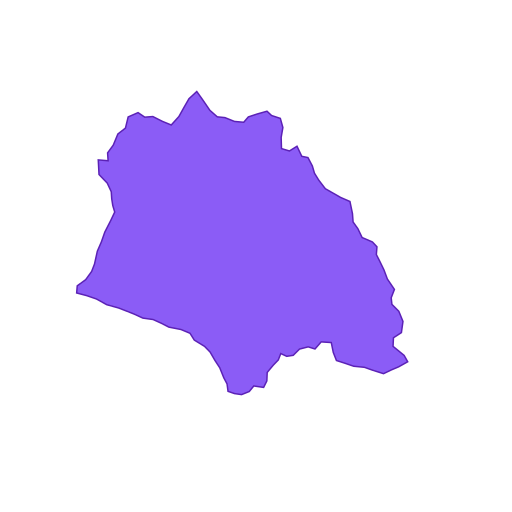 outline of Santópolis do Aguapeí, São Paulo, Brazil, rotated 212°
{"feature_id": "56859067B88002854016883", "entity_name": "Santópolis do Aguapeí", "entity_type": "district", "adm_level": 2, "iso_a3": "BRA", "parent_name": "Brazil", "parent_adm1": "São Paulo", "projection": "mercator", "projection_center": [-50.521, -21.661], "detail": "fine", "context": "isolated", "style": "filled", "palette": "violet", "viewbox_px": 512, "rotation_deg": 212, "n_neighbors": 0, "source": "geoboundaries", "source_scale": "gbopen_adm2", "svg_char_len": 1625}
<svg xmlns="http://www.w3.org/2000/svg" viewBox="0 0 512 512"><g transform="rotate(212 256 256)"><path d="M417.4,319.6L423.9,314.8L432.0,315.1L438.1,306.2L434.5,295.3L437.8,286.3L435.8,274.4L436.5,264.8L431.9,258.4L440.7,253.9L432.3,241.9L420.8,239.0L412.8,233.8L408.7,228.1L404.2,222.9L399.1,218.4L398.0,209.1L396.9,196.2L394.6,186.0L393.1,176.0L388.7,163.6L387.2,155.8L387.9,145.7L391.8,136.0L388.5,129.6L378.5,132.7L368.5,135.0L356.8,135.6L345.0,139.1L336.0,140.8L328.9,142.1L319.0,143.4L309.6,147.6L300.6,148.8L292.2,149.5L280.7,153.9L271.0,155.5L263.8,152.0L251.7,152.1L244.0,150.2L235.5,145.7L227.5,142.0L218.7,135.6L212.8,132.2L208.0,126.4L201.4,127.9L194.8,130.8L189.9,137.5L189.0,144.6L179.9,148.6L180.6,155.8L184.8,163.2L183.5,172.6L182.0,179.7L183.3,186.4L176.8,187.2L171.8,191.5L169.8,200.1L163.6,206.6L156.7,208.4L155.2,217.7L146.3,222.5L139.4,215.2L132.4,210.0L123.7,212.2L114.7,214.3L105.0,219.1L96.3,221.0L85.5,223.8L80.8,231.2L76.3,237.6L71.3,246.7L77.7,250.2L91.9,252.0L96.1,259.5L92.1,268.1L96.7,278.4L105.6,284.8L115.1,287.0L119.2,292.2L120.9,301.0L132.4,306.1L140.1,312.0L148.7,317.4L154.7,321.0L158.3,327.9L164.7,329.6L175.8,327.9L184.0,333.1L191.7,336.3L196.6,343.0L205.2,352.0L215.3,350.5L232.9,349.8L243.0,353.6L250.3,357.2L255.9,362.2L264.1,367.0L270.0,364.8L279.4,370.8L283.3,362.8L291.3,360.6L297.5,369.9L301.3,379.2L308.3,385.6L317.2,383.4L323.4,384.6L330.3,377.0L336.2,369.9L337.3,362.9L345.6,358.7L355.7,356.9L362.6,353.5L372.3,355.1L384.9,360.6L393.4,364.1L396.2,353.9L395.8,343.4L395.3,333.4L397.3,322.2L406.6,320.6L417.4,319.6Z" fill="#8b5cf6" stroke="#5b21b6" stroke-width="1.5"/></g></svg>